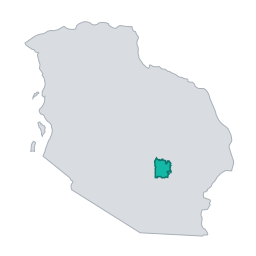 Nzega, Tabora, United Republic of Tanzania shown in context, rotated 183°
{"feature_id": "72390352B4567455644907", "entity_name": "Nzega", "entity_type": "district", "adm_level": 2, "iso_a3": "TZA", "parent_name": "United Republic of Tanzania", "parent_adm1": "Tabora", "projection": "mercator", "projection_center": [33.009, -4.4], "detail": "fine", "context": "in_parent", "style": "filled", "palette": "teal", "viewbox_px": 256, "rotation_deg": 183, "n_neighbors": 0, "source": "geoboundaries", "source_scale": "gbopen_adm2", "svg_char_len": 6578}
<svg xmlns="http://www.w3.org/2000/svg" viewBox="0 0 256 256"><g transform="rotate(183 128 128)"><path d="M90.0,186.8L86.8,185.2L84.0,184.2L81.6,183.0L80.6,181.9L78.4,181.5L76.5,181.3L74.7,180.3L71.1,179.9L70.7,179.3L70.7,177.8L70.0,177.4L68.7,177.0L67.3,177.0L66.5,177.2L66.0,177.1L64.8,176.2L63.7,175.1L63.3,173.3L61.6,172.1L59.7,171.2L54.4,171.3L53.6,171.0L52.4,170.1L50.9,168.6L49.7,166.9L48.7,164.6L47.6,161.4L41.5,148.9L40.9,146.5L39.7,143.9L37.8,140.7L35.7,138.3L33.0,136.1L29.8,134.0L28.1,132.5L24.9,126.6L24.2,123.9L23.7,121.0L23.9,119.9L25.9,116.2L26.1,115.2L25.9,113.8L24.9,110.9L23.6,107.3L21.0,100.9L20.7,99.2L20.7,98.0L22.2,91.5L22.2,90.6L28.3,90.7L32.7,87.8L36.5,83.5L37.3,81.7L38.9,79.0L40.4,77.6L41.0,76.7L41.9,73.9L43.9,72.1L45.9,70.6L45.5,69.6L45.8,69.3L46.8,68.5L48.9,67.9L49.3,66.4L49.3,64.8L49.0,63.9L49.1,62.9L48.7,62.3L47.4,62.1L45.3,61.3L43.6,61.0L42.5,60.5L42.1,60.1L41.9,59.2L42.8,56.7L41.9,55.7L44.0,51.5L44.4,51.0L45.1,50.9L46.4,50.5L47.5,50.3L48.4,50.4L49.1,50.3L49.7,49.8L50.2,48.4L50.6,46.0L50.4,44.1L49.5,42.7L49.2,40.4L49.6,37.4L49.4,34.9L48.4,32.8L47.4,31.6L45.9,31.1L43.5,28.0L42.8,26.5L42.9,25.6L43.7,25.2L45.2,25.3L46.7,25.0L48.0,24.1L49.3,23.9L50.0,24.0L110.4,24.0L181.0,63.4L181.3,63.9L181.9,67.3L181.7,68.5L180.6,70.4L180.3,71.5L180.3,72.2L180.6,72.4L181.5,72.5L182.3,73.0L182.6,73.4L183.2,74.8L184.0,75.6L210.8,95.0L211.4,95.3L211.0,96.9L209.5,100.8L209.4,102.5L208.8,104.4L208.3,105.7L206.7,111.2L205.4,113.3L203.7,118.2L203.4,121.9L204.3,124.5L204.7,127.0L206.8,129.4L208.4,130.2L209.6,131.3L211.5,133.9L212.7,136.4L216.2,137.6L217.7,140.4L217.1,142.4L215.5,144.0L213.9,146.6L212.7,150.0L212.7,155.3L213.5,154.5L215.4,155.8L215.6,159.6L213.7,164.1L213.1,166.2L213.0,168.0L214.4,173.4L216.5,176.2L216.4,177.0L215.8,177.8L219.5,182.6L219.2,186.9L220.6,190.2L221.2,193.0L222.1,195.2L222.2,196.7L221.1,198.4L223.8,198.9L225.3,200.2L226.1,201.5L228.0,201.5L229.1,202.4L230.6,203.1L233.9,205.3L234.8,206.5L235.3,207.5L226.2,214.5L222.9,216.3L220.5,217.1L218.0,217.6L215.6,218.7L213.3,220.4L210.4,221.3L206.9,221.3L203.2,222.5L197.3,226.1L193.9,224.1L191.3,223.5L188.2,223.6L186.3,223.8L185.7,224.2L185.1,225.5L184.6,227.5L182.6,229.4L179.0,231.3L175.8,232.0L172.8,231.5L170.8,230.7L169.7,229.7L168.2,229.2L166.1,229.2L164.2,230.0L162.3,231.5L159.3,232.1L155.2,231.9L153.0,231.2L152.7,230.0L150.9,228.6L147.6,227.0L145.2,226.9L143.6,228.5L142.2,229.5L140.9,229.9L139.8,229.9L138.1,229.5L133.6,229.3L129.3,229.4L128.8,227.1L127.9,225.8L127.2,224.9L125.7,224.7L125.3,224.1L124.8,222.7L124.0,221.5L123.1,220.5L122.5,219.6L122.3,218.8L122.5,217.8L123.4,215.5L123.6,213.9L123.5,212.3L123.0,210.7L122.0,208.7L122.1,208.1L121.8,206.8L121.8,205.9L122.0,204.7L121.8,203.1L120.9,199.9L120.9,199.0L120.0,197.4L117.1,193.7L117.0,193.2L112.5,189.4L110.7,188.6L110.1,189.3L109.8,189.9L110.0,191.1L109.9,191.7L109.7,192.0L108.6,192.0L108.0,191.8L106.3,190.8L105.0,190.6L101.7,190.7L100.5,191.0L99.6,190.8L97.9,189.0L95.9,188.7L94.0,188.6L91.0,186.6L90.0,186.8ZM216.7,123.9L218.2,128.1L218.0,128.8L216.9,129.3L216.4,129.4L215.8,128.7L215.3,127.3L214.5,127.6L213.2,126.0L211.8,125.9L210.6,123.9L211.1,122.2L210.8,119.2L212.3,117.7L213.1,115.2L214.0,116.9L214.2,119.6L215.5,122.8L216.7,123.9ZM223.8,99.4L223.9,100.4L223.6,101.3L223.7,104.2L223.6,106.1L222.5,108.8L221.6,109.8L220.8,109.5L220.1,109.1L219.6,108.3L220.6,103.4L220.1,99.8L222.2,100.1L223.8,99.4ZM220.8,159.0L219.8,159.2L219.4,159.0L218.8,158.2L219.9,157.5L220.9,156.1L223.4,154.2L224.6,152.6L224.4,154.1L223.0,157.5L221.8,157.7L220.8,159.0Z" fill="#d9dde1" stroke="#a8b0b8" stroke-width="1"/><path d="M83.4,85.8L83.0,85.8L83.1,86.1L83.1,86.3L82.8,86.4L82.7,86.5L82.7,86.9L82.8,87.1L82.8,87.3L82.9,87.5L83.2,87.8L83.3,87.9L83.6,88.7L83.7,89.1L83.8,89.5L83.8,89.9L83.9,90.2L84.0,90.4L84.0,90.5L83.9,90.5L83.7,90.7L83.9,91.2L83.9,91.3L83.9,92.0L84.0,92.4L83.9,92.5L83.6,92.6L83.8,92.7L83.8,92.8L83.8,93.0L83.9,93.6L83.8,94.0L83.6,94.3L83.4,94.5L83.6,94.9L83.7,95.1L83.9,95.3L83.9,95.5L84.1,95.6L84.4,95.9L84.5,96.1L84.7,96.3L84.9,96.7L85.0,96.8L85.0,97.0L85.3,97.1L85.6,97.1L85.8,97.1L86.1,97.2L86.3,97.1L86.3,97.3L86.5,97.3L86.7,97.0L86.8,96.9L86.8,96.7L86.7,96.4L86.5,95.9L86.8,95.7L87.0,95.3L87.3,94.9L87.5,94.8L87.7,95.6L87.9,95.5L88.0,95.4L88.0,95.1L87.9,95.0L87.9,94.9L87.8,94.6L87.8,94.3L88.1,94.3L88.4,94.4L88.6,94.7L88.6,94.9L88.6,95.0L88.6,95.3L88.5,95.5L88.4,95.6L88.5,95.9L88.6,96.1L88.7,96.3L88.6,96.5L88.6,97.0L88.9,97.2L89.1,97.1L89.2,97.3L89.3,97.3L89.5,97.3L89.8,97.3L90.0,97.4L89.9,97.5L90.0,97.5L90.3,97.5L90.5,97.6L91.0,97.7L91.4,97.7L91.5,97.7L91.6,97.8L91.5,98.1L91.5,98.4L91.5,98.5L91.8,98.6L92.1,98.7L92.3,98.7L92.5,98.4L92.4,98.1L92.5,98.1L92.6,97.8L93.0,97.8L93.1,97.5L93.3,97.4L93.6,97.3L93.8,97.3L94.1,97.3L94.2,97.7L94.3,97.8L94.7,98.0L94.9,98.0L94.9,97.9L95.2,97.6L95.3,97.6L95.4,97.4L95.5,97.5L96.1,97.9L96.5,98.0L96.9,98.3L97.1,98.4L97.2,98.6L97.3,98.8L97.5,99.0L97.8,99.3L97.8,99.0L97.8,98.9L98.4,98.9L98.5,98.6L98.7,98.2L98.8,97.7L98.9,97.4L98.9,97.2L99.0,97.0L99.1,96.8L99.2,96.5L99.3,96.5L99.4,96.4L99.5,96.4L99.5,95.8L99.6,95.6L99.6,95.3L99.6,95.2L99.4,94.8L99.3,94.6L99.2,94.1L99.2,93.0L99.2,92.8L99.2,92.7L99.2,92.4L99.0,91.9L99.0,91.6L99.0,91.4L98.8,91.2L98.6,91.0L98.6,90.9L98.5,90.7L98.3,90.5L98.2,90.2L98.3,90.1L98.6,89.3L98.7,88.9L98.7,88.7L98.5,88.2L98.5,87.8L98.6,87.6L98.4,86.8L98.4,86.6L98.4,86.4L98.4,86.1L98.4,85.9L98.4,85.6L98.4,85.3L98.4,85.2L98.4,84.9L98.5,84.5L98.4,84.1L98.2,83.7L98.2,83.4L98.2,83.2L98.2,82.9L98.2,82.7L98.2,82.4L98.2,82.2L98.2,81.8L98.2,81.6L98.3,81.5L98.3,81.3L98.2,81.1L98.2,80.8L98.1,80.7L98.2,80.4L98.2,80.2L98.1,79.9L97.9,79.9L97.8,80.0L97.7,80.0L97.4,80.1L97.2,80.1L96.9,80.2L96.8,80.3L96.7,80.2L96.7,80.3L96.4,80.5L96.2,80.6L95.9,80.5L95.8,80.8L95.7,80.8L95.7,81.0L95.4,81.0L95.4,80.9L95.2,80.9L95.1,81.0L94.8,81.1L94.7,81.1L94.4,81.1L94.2,81.1L93.9,81.1L93.7,81.2L93.2,81.2L92.9,81.2L92.7,81.0L92.5,80.9L92.4,80.9L92.2,80.7L92.0,80.4L91.9,80.3L91.9,80.2L91.5,80.1L91.1,80.1L90.9,80.1L90.6,80.2L90.2,80.2L90.0,80.3L89.7,80.4L89.2,80.3L88.8,80.2L88.6,80.3L88.4,80.5L88.2,80.7L87.9,80.9L87.7,80.9L87.5,81.0L87.3,80.9L87.1,80.9L86.8,80.9L86.7,80.9L86.3,80.8L86.0,80.8L85.8,80.8L85.8,81.2L85.7,81.3L85.8,81.6L85.7,81.9L85.5,82.7L85.6,83.3L85.6,83.5L85.3,83.8L85.2,84.2L84.9,84.3L84.5,84.4L84.7,84.7L84.9,84.9L85.0,85.1L85.3,85.1L85.7,85.5L86.0,85.5L86.3,85.5L86.4,85.9L86.6,86.3L86.5,86.5L86.3,86.6L86.2,86.6L85.8,86.7L85.7,86.8L85.2,86.9L85.0,87.0L84.8,87.1L84.6,87.1L84.4,87.2L84.2,87.2L84.0,87.3L83.9,87.3L83.7,87.4L83.6,87.2L83.7,86.7L83.5,86.1L83.4,85.8Z" fill="#14b8a6" stroke="#0f766e" stroke-width="1.5"/></g></svg>